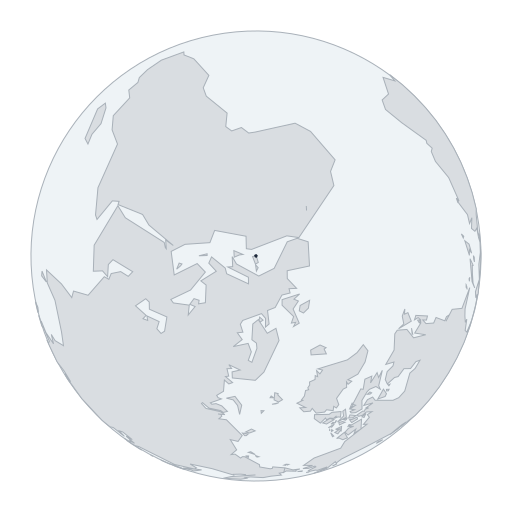 Carbonia-Iglesias on an orthographic globe, rotated 169°
{"feature_id": "ITA-5371", "entity_name": "Carbonia-Iglesias", "entity_type": "Province", "adm_level": 1, "iso_a3": "ITA", "parent_name": "Italy", "parent_adm1": "", "projection": "orthographic", "projection_center": [8.512, 39.219], "detail": "fine", "context": "on_globe", "style": "filled", "palette": "slate", "viewbox_px": 512, "rotation_deg": 169, "n_neighbors": 0, "source": "natural_earth", "source_scale": "10m", "svg_char_len": 10776}
<svg xmlns="http://www.w3.org/2000/svg" viewBox="0 0 512 512"><g transform="rotate(169 256 256)"><circle cx="256" cy="256" r="225" fill="#eef3f6" stroke="#a8b0b8"/><path d="M127.6,70.9L130.2,69.1L146.5,60.9L140.4,64.4L145.1,62.5L153.0,58.3L157.1,56.0L183.7,48.0L210.8,40.4L216.9,37.4L217.4,39.0L227.5,33.7L240.7,31.7L227.3,34.5L227.0,35.3L236.6,33.9L238.4,34.5L244.1,34.4L245.4,35.4L237.5,37.6L238.2,38.5L245.0,37.5L250.5,38.4L240.5,39.6L249.2,41.4L237.5,46.6L209.5,51.2L204.3,56.9L179.1,69.7L182.7,70.2L175.5,76.1L177.0,79.0L171.9,81.1L177.5,81.8L181.9,79.4L185.8,79.0L187.1,80.7L180.8,83.4L179.3,82.9L178.1,84.7L174.4,85.4L176.9,86.0L169.2,89.5L178.7,88.7L174.0,93.7L168.4,95.3L166.6,91.6L149.1,88.2L142.9,89.7L135.8,95.0L127.3,111.7L121.3,115.2L114.9,122.4L119.2,121.8L125.8,116.0L132.2,117.2L139.5,110.5L143.2,110.3L151.5,105.3L152.7,110.0L149.3,117.5L142.5,122.0L140.8,125.6L149.3,124.8L138.4,137.3L134.6,153.1L131.5,156.2L121.9,155.1L116.9,145.6L104.4,146.3L114.9,150.1L107.0,158.8L106.7,162.2L108.6,164.6L112.6,163.1L110.4,167.2L99.1,164.4L100.9,160.6L104.5,161.4L102.0,157.2L94.4,156.3L91.0,161.3L83.1,156.4L80.6,160.1L77.4,161.4L82.0,155.7L73.6,166.2L63.8,165.3L52.2,184.2L60.9,164.1L62.4,157.2L63.2,150.9L61.1,153.8L64.9,143.0L63.6,141.1L56.2,152.2L49.5,166.1L46.0,176.3L48.2,173.1L47.4,179.1L41.2,190.5L38.8,205.4L35.1,216.7L33.5,226.9L34.0,231.6L34.0,241.2L36.4,238.5L39.2,241.9L36.8,252.4L40.2,247.1L40.5,256.2L47.5,270.5L46.3,271.8L51.9,296.2L61.8,314.6L64.0,325.1L62.5,328.2L66.8,334.0L66.9,337.1L87.5,359.0L100.9,375.1L102.4,385.1L95.0,389.7L97.2,407.1L86.3,401.4L89.5,407.1L90.1,408.5L79.5,396.1L69.9,382.9L61.2,369.1L53.5,354.8L46.9,339.8L41.4,324.5L37.0,308.8L33.8,292.8L31.7,276.7L30.8,260.4L31.9,255.1L33.5,238.9L33.6,233.6L32.5,235.5L34.7,215.7L38.0,201.4L45.0,177.0L51.6,161.3L59.4,146.1L68.2,131.5L78.2,117.6L89.2,104.6L101.1,92.4L114.0,81.1L127.6,70.9ZM48.8,189.5L46.4,212.5L44.6,205.4L45.5,205.4L46.8,198.2L48.1,188.1L47.4,182.9L48.8,189.5ZM54.9,186.1L55.1,182.9L55.4,185.3L54.9,186.1ZM158.6,55.1L152.9,58.2L145.1,62.1L149.6,59.3L158.6,55.1ZM173.7,49.1L171.6,50.4L166.6,51.5L169.4,50.4L173.7,49.1ZM220.9,35.5L216.0,36.6L220.2,35.4L220.9,35.5ZM244.7,34.2L245.5,33.8L248.1,33.9L244.7,34.2ZM150.3,103.2L150.9,104.3L149.0,104.6L150.3,103.2ZM153.4,100.2L150.8,99.8L151.9,98.4L153.5,98.6L153.4,100.2ZM252.5,35.8L256.4,36.5L251.1,36.2L252.5,35.8ZM156.3,101.0L154.2,95.9L156.1,93.4L163.7,92.4L156.3,101.0ZM257.8,37.1L267.4,39.2L270.1,38.3L268.0,42.5L260.5,39.0L253.5,38.6L257.7,38.1L257.8,37.1ZM182.7,77.9L178.1,80.5L180.7,76.9L182.7,77.9ZM183.5,75.7L186.0,66.1L193.4,63.4L191.1,67.0L199.8,62.7L202.2,66.1L198.0,69.3L192.6,70.2L197.6,70.9L183.5,75.7ZM265.2,44.8L266.4,45.9L263.7,45.2L265.2,44.8ZM187.6,78.6L187.4,76.7L193.9,74.2L195.4,77.5L192.8,77.2L187.6,78.6ZM200.9,60.1L205.9,59.1L209.3,61.5L211.7,61.5L202.9,66.0L200.9,60.1ZM192.0,78.7L196.0,79.3L194.1,82.1L188.2,80.3L192.0,78.7ZM195.0,72.2L198.1,71.3L196.8,72.8L195.0,72.2ZM189.8,93.1L189.4,90.5L192.7,88.9L189.8,93.1ZM197.6,79.4L198.2,78.5L199.5,77.7L201.7,78.8L197.6,79.4ZM205.9,67.5L206.2,68.9L209.6,65.8L212.3,67.7L205.9,70.5L209.8,70.1L210.6,70.8L204.5,72.4L205.9,67.5ZM207.7,77.5L200.5,82.2L200.4,87.1L197.4,88.5L198.1,80.5L207.7,77.5ZM206.3,74.3L206.5,76.6L202.7,77.0L200.3,75.8L206.3,74.3ZM216.4,68.2L214.0,64.4L215.4,64.0L216.4,68.2ZM208.4,78.8L210.1,77.6L208.9,79.1L208.4,78.8ZM214.8,71.2L213.7,69.9L215.4,69.4L214.8,71.2ZM214.5,76.6L212.1,78.1L210.4,77.2L214.5,76.6ZM215.2,74.1L217.8,73.7L211.2,76.0L214.4,73.5L215.2,74.1ZM216.6,71.0L217.2,70.3L216.8,71.6L216.6,71.0ZM222.4,79.4L214.4,82.5L210.6,80.4L218.8,77.6L222.4,79.4ZM476.0,207.7L477.3,213.6L476.5,209.9L475.1,211.7L478.3,226.2L479.6,228.2L479.6,228.4L480.7,239.3L479.8,232.5L479.2,232.8L476.8,220.8L471.5,208.4L471.9,218.1L469.4,211.3L462.1,204.7L461.4,218.6L461.8,250.9L466.0,269.4L464.3,282.3L452.3,265.7L444.8,250.3L441.8,256.4L428.3,249.5L408.9,264.6L404.9,261.2L401.5,266.4L391.8,266.5L385.3,260.4L380.0,264.1L397.1,279.7L402.6,275.8L405.6,264.0L409.5,270.7L418.6,272.1L412.8,297.5L382.0,331.7L377.0,318.5L343.5,286.8L343.4,281.6L343.2,281.1L342.7,280.2L341.6,289.0L335.2,282.1L355.2,306.8L359.4,318.4L381.6,332.8L380.0,335.8L386.5,337.5L405.1,322.2L405.7,326.9L398.1,353.2L370.6,392.3L373.2,407.3L369.3,421.0L349.8,435.3L349.2,443.2L338.8,448.9L336.5,453.4L326.8,459.7L311.5,466.3L287.9,470.1L288.3,467.1L279.4,461.4L267.8,442.3L275.7,431.2L274.3,422.4L257.1,401.8L261.0,388.8L256.0,383.4L245.8,384.9L239.7,378.1L233.3,377.8L192.3,378.9L178.7,367.9L160.0,335.3L166.7,324.8L166.1,310.3L210.4,265.9L221.9,269.9L259.1,263.3L264.1,265.0L262.0,277.3L291.7,289.0L298.7,277.9L323.4,281.0L338.4,276.7L339.9,253.0L315.2,259.8L308.8,249.9L326.7,235.1L347.9,229.6L346.1,225.7L330.9,220.5L333.8,211.0L325.4,218.0L330.2,221.2L325.0,226.0L320.3,223.4L321.5,220.0L314.6,219.8L310.5,237.0L314.9,242.1L297.9,248.6L303.7,258.0L299.8,263.6L288.5,250.0L288.2,244.2L268.7,230.1L267.5,236.6L285.8,250.6L280.9,250.0L279.5,259.9L276.7,251.9L257.1,235.8L240.5,240.4L222.6,264.0L212.2,265.5L202.1,260.0L205.4,236.0L228.2,235.6L229.6,227.9L222.3,216.5L229.8,217.6L229.6,213.2L238.0,212.7L247.0,201.8L255.1,200.3L256.1,186.8L260.3,184.4L258.5,192.9L261.6,198.4L281.3,195.3L284.4,192.0L283.4,183.7L289.0,184.2L285.5,176.6L295.6,171.4L280.4,171.7L278.9,162.8L283.5,155.0L280.3,152.4L272.7,165.2L272.2,170.4L276.0,174.6L272.1,189.9L265.9,193.1L259.7,178.0L250.2,181.2L249.5,168.7L270.4,140.5L280.4,134.1L302.5,140.8L301.6,146.8L293.3,147.1L303.4,154.5L301.4,150.2L306.0,150.9L305.7,143.3L309.0,143.5L303.1,136.2L307.1,135.6L310.7,140.3L313.7,129.4L321.2,126.7L320.3,124.2L317.2,122.3L328.8,120.6L327.6,118.9L323.4,118.7L318.2,115.4L313.7,108.9L318.0,108.7L320.2,111.0L331.2,115.7L336.5,122.3L337.7,121.6L334.2,115.9L320.7,110.0L316.8,106.2L323.4,108.2L320.7,107.2L320.1,105.3L323.5,103.3L316.3,100.9L303.8,82.4L309.0,77.4L316.3,80.7L312.0,69.4L318.3,65.8L314.4,65.5L309.7,60.6L307.6,61.6L305.4,61.1L292.4,50.5L292.6,48.2L282.6,44.4L280.5,44.4L279.8,45.8L268.0,42.5L270.1,38.3L274.6,38.4L272.9,36.1L283.4,37.0L291.3,37.1L303.7,40.2L308.9,40.5L307.6,39.6L313.6,39.8L330.5,44.1L322.5,44.2L298.3,41.2L308.7,42.4L308.0,43.4L312.7,44.8L319.9,46.0L319.7,45.2L339.8,55.7L360.4,64.4L354.9,59.4L357.1,58.7L375.7,66.9L407.4,91.3L410.7,92.8L414.7,96.4L420.2,102.3L414.6,97.1L415.0,98.8L411.0,95.3L417.9,103.9L412.5,99.4L420.5,108.8L423.6,110.5L419.6,104.1L428.9,114.9L431.9,116.2L438.5,124.1L454.2,149.2L461.0,164.1L462.7,167.7L462.1,168.4L466.3,179.8L471.2,189.5L471.7,191.0L476.0,207.7ZM197.7,291.0L197.1,295.5L197.7,291.0ZM372.4,235.1L383.8,230.1L375.2,218.7L378.9,216.0L374.6,213.4L374.5,218.0L363.6,210.1L367.2,203.5L364.0,198.1L360.1,199.6L355.1,213.2L370.8,224.1L369.6,231.2L372.4,235.1ZM47.8,270.8L48.3,274.6L47.0,272.3L47.8,270.8ZM42.7,208.5L42.9,211.7L42.5,214.9L42.0,213.1L42.7,208.5ZM49.1,234.1L50.2,238.5L48.3,235.7L49.1,234.1ZM46.4,215.9L48.1,231.1L44.6,227.0L43.8,217.6L45.3,221.6L46.4,215.9ZM51.4,190.4L51.2,193.0L50.2,194.3L51.4,190.4ZM55.2,187.8L55.0,187.3L55.8,184.8L55.2,187.8ZM107.7,158.9L108.5,159.3L109.6,162.2L107.6,162.1L107.7,158.9ZM123.9,169.1L120.0,175.6L121.3,170.6L117.7,171.4L116.0,162.4L129.9,157.4L123.9,161.1L123.9,169.1ZM117.6,149.7L117.1,155.5L117.1,149.3L117.6,149.7ZM220.3,191.0L224.0,193.9L222.1,199.0L211.8,202.3L214.5,194.8L220.3,191.0ZM229.7,196.9L226.4,181.8L232.6,179.6L229.7,183.3L234.1,183.4L230.6,189.4L239.8,202.7L238.7,208.2L220.4,210.4L227.0,206.4L223.0,203.7L229.7,196.9ZM206.9,151.7L205.6,146.5L220.8,148.4L220.3,153.2L210.1,156.4L204.7,152.6L206.9,151.7ZM170.1,100.8L168.6,99.6L170.3,98.7L173.1,99.0L170.1,100.8ZM189.3,92.0L178.5,105.5L176.2,104.7L172.6,114.3L165.2,116.0L167.8,109.6L159.4,118.4L158.8,113.3L153.8,119.7L160.3,105.3L159.4,101.5L163.2,105.0L170.0,103.5L172.7,101.7L179.6,94.0L181.1,85.6L188.1,83.2L192.6,83.8L193.3,85.4L188.6,86.3L193.0,87.9L186.6,90.5L189.3,92.0ZM242.0,98.6L236.2,97.8L243.9,103.7L237.6,105.4L238.9,106.0L235.2,109.3L233.0,114.5L229.8,114.7L230.3,116.7L227.9,119.2L227.5,122.1L221.6,123.5L220.7,127.3L218.5,125.8L218.4,132.0L215.8,128.1L212.4,131.3L216.7,133.4L186.1,136.6L175.3,141.8L167.6,148.5L164.2,141.6L169.2,131.1L178.5,120.6L189.5,117.0L185.9,114.8L190.1,112.5L191.2,115.2L192.1,109.7L195.8,108.7L204.1,100.9L203.1,94.3L206.1,91.5L208.4,93.6L209.8,89.5L216.1,91.6L218.4,89.7L226.9,90.3L229.9,95.7L232.2,93.3L238.8,94.0L242.0,98.6ZM224.7,79.7L229.8,85.2L228.8,89.1L214.4,86.6L211.4,88.0L202.2,87.1L203.8,81.7L206.3,82.4L209.1,81.8L207.5,83.7L210.9,81.8L214.4,82.8L218.0,81.7L218.7,83.7L224.7,79.7ZM268.5,260.0L272.2,260.2L277.6,259.0L276.7,265.5L268.5,260.0ZM255.0,249.2L258.1,248.2L259.5,256.1L255.7,256.2L255.0,249.2ZM258.5,241.1L258.1,247.5L256.1,244.1L258.5,241.1ZM261.3,191.7L264.5,190.4L265.3,192.2L264.1,195.3L261.3,191.7ZM263.7,118.2L260.5,116.7L261.1,115.5L257.4,109.9L261.7,108.4L265.7,111.3L263.7,118.2ZM336.4,258.2L332.8,263.7L330.2,262.3L332.0,260.7L336.4,258.2ZM303.9,265.8L312.0,267.1L303.6,267.5L303.9,265.8ZM267.8,115.7L265.8,113.5L269.2,114.2L267.8,115.7ZM264.7,107.1L268.6,107.4L261.8,107.6L264.7,107.1ZM401.4,404.0L383.4,430.6L374.7,434.8L375.0,430.0L382.9,415.5L393.8,406.8L399.6,398.0L401.4,404.0ZM481.3,253.3L479.9,247.3L480.3,242.6L480.9,242.5L481.3,253.3ZM466.7,270.4L470.2,277.4L468.9,282.0L466.7,270.4ZM464.9,172.4L466.3,176.8L465.2,174.5L462.8,167.6L464.9,172.4ZM302.3,103.6L302.6,112.8L305.8,119.1L312.2,122.1L303.4,122.2L298.5,112.3L302.3,103.6ZM303.1,84.8L297.6,82.8L299.8,81.5L301.4,81.8L303.1,84.8ZM299.9,85.2L293.5,87.0L290.2,84.5L296.0,83.5L299.9,85.2ZM280.8,100.6L280.6,103.3L277.8,102.6L280.8,100.6ZM411.6,93.1L413.8,95.2L413.6,95.0L418.2,99.7L417.6,99.1L408.0,89.7L405.2,87.2L411.6,93.1ZM397.5,80.7L396.8,80.1L395.3,79.0L397.5,80.7ZM388.4,73.8L384.4,71.0L379.9,67.9L381.9,69.2L388.4,73.8ZM382.3,69.7L370.5,62.8L366.2,59.7L367.8,60.5L375.1,64.8L376.9,66.1L382.3,69.7ZM366.4,60.4L368.0,61.8L354.2,57.8L350.2,56.4L358.5,56.9L360.5,58.4L364.6,60.1L366.4,60.4ZM268.4,45.4L266.6,45.8L266.9,44.9L268.4,45.4ZM304.4,61.8L301.4,61.1L301.9,59.8L304.4,61.8ZM293.4,58.4L294.9,60.4L291.5,58.4L293.4,58.4ZM298.5,64.9L294.6,61.2L300.9,64.7L298.5,64.9Z" fill="#d9dde1" stroke="#a8b0b8" stroke-width="1"/><path d="M256.3,257.0L256.2,257.0L256.2,256.8L256.1,256.6L255.9,256.5L255.9,256.4L255.8,256.2L255.7,256.2L255.6,255.9L255.7,255.7L255.8,255.7L255.7,255.6L255.6,255.4L255.7,255.2L255.8,255.0L256.0,255.0L256.3,255.2L256.4,255.3L256.6,255.4L256.6,255.5L256.7,255.8L256.7,256.0L256.8,256.1L256.9,256.3L257.0,256.4L257.0,256.5L256.9,256.7L256.7,256.7L256.4,256.7L256.4,256.9L256.3,257.0L256.3,257.0ZM255.8,256.6L255.8,256.9L255.8,257.0L255.7,257.0L255.7,256.9L255.6,256.7L255.5,256.4L255.8,256.5L255.8,256.6ZM255.4,256.1L255.4,256.4L255.3,256.5L255.2,256.4L255.1,256.2L255.3,256.1L255.4,256.1Z" fill="#64748b" stroke="#1e293b" stroke-width="1.5"/></g></svg>